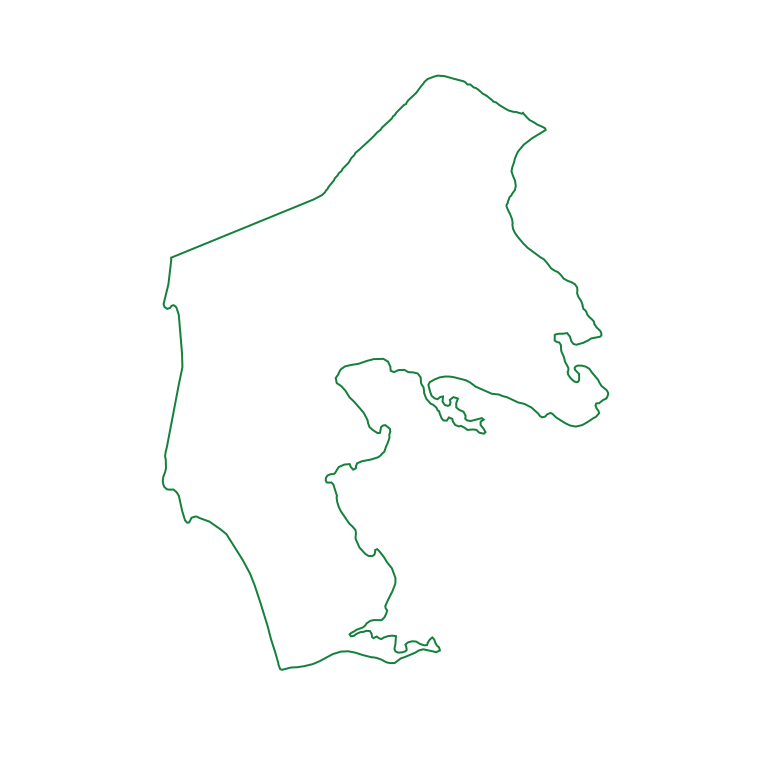 Cidade De Inhambane, Inhambane, Mozambique (Mercator projection), rotated 159°
{"feature_id": "85939544B19302565001464", "entity_name": "Cidade De Inhambane", "entity_type": "district", "adm_level": 2, "iso_a3": "MOZ", "parent_name": "Mozambique", "parent_adm1": "Inhambane", "projection": "mercator", "projection_center": [35.448, -23.874], "detail": "fine", "context": "isolated", "style": "outline", "palette": "green", "viewbox_px": 768, "rotation_deg": 159, "n_neighbors": 0, "source": "geoboundaries", "source_scale": "gbopen_adm2", "svg_char_len": 6166}
<svg xmlns="http://www.w3.org/2000/svg" viewBox="0 0 768 768"><g transform="rotate(159 384 384)"><path d="M157.0,587.3L158.5,587.0L163.5,590.8L165.3,591.5L169.2,594.3L172.1,597.6L176.3,603.0L178.5,606.8L180.7,608.4L181.3,610.1L184.9,616.3L187.8,619.8L190.8,625.5L192.3,627.6L193.8,628.5L196.2,632.8L198.8,633.7L200.1,636.9L201.5,638.3L210.1,644.4L215.7,648.7L218.3,650.4L220.5,651.2L222.8,652.5L226.1,653.0L233.9,653.1L237.9,651.6L240.1,650.0L241.7,649.3L249.8,644.1L259.6,640.2L261.7,638.9L263.2,637.4L265.0,637.5L275.3,632.9L277.4,631.3L279.7,630.6L281.6,629.0L294.0,624.1L296.1,622.6L300.5,621.2L304.6,619.1L310.1,616.8L323.2,611.6L327.7,610.1L329.8,608.3L333.6,606.6L338.0,603.1L345.6,599.7L347.1,598.2L351.0,596.8L352.8,595.2L356.2,593.7L357.7,592.1L365.4,587.7L367.0,586.2L368.8,585.5L370.4,584.1L374.0,582.6L383.4,581.5L537.5,578.2L538.4,575.6L549.5,554.4L561.2,537.5L561.3,534.5L559.4,531.8L556.5,531.7L554.4,533.1L552.2,533.0L550.8,531.1L550.4,529.4L550.8,522.1L561.6,484.9L566.2,471.9L575.7,457.1L609.2,403.1L612.5,398.3L614.3,394.9L614.9,391.4L617.7,383.6L619.5,380.7L623.4,376.3L625.2,373.0L626.0,369.5L626.0,366.6L624.4,363.5L622.0,362.2L618.3,360.9L616.4,357.3L615.6,353.0L617.9,338.0L618.6,328.0L617.5,325.1L615.5,324.6L611.6,328.1L608.1,328.0L606.4,327.3L603.9,324.7L596.2,318.0L588.8,307.0L584.9,300.3L579.0,270.5L577.0,254.9L576.9,242.2L577.8,223.7L579.4,199.8L580.9,186.7L581.8,171.4L582.7,161.3L583.1,159.8L583.1,155.0L581.6,153.7L572.2,152.6L566.6,150.7L559.8,149.2L550.7,148.0L543.3,148.3L528.6,150.2L520.1,149.6L513.2,147.3L507.1,143.5L501.4,138.9L493.1,133.0L492.3,132.9L489.0,130.9L485.2,127.6L481.5,123.3L478.2,121.2L474.1,119.7L466.2,121.9L462.8,121.6L451.0,122.0L446.9,122.8L442.3,122.2L431.2,114.9L427.3,115.2L427.0,118.3L428.4,121.0L428.8,123.6L428.7,127.4L429.7,130.1L432.8,129.0L435.5,127.1L437.4,124.8L440.1,125.6L443.2,128.1L446.4,132.1L449.8,133.7L454.0,134.2L457.4,133.1L457.5,130.3L458.1,127.6L459.7,126.8L463.1,126.9L467.2,128.2L469.1,130.3L469.2,133.0L466.5,137.2L463.2,144.3L466.7,146.2L470.3,147.1L475.1,147.4L477.8,146.8L479.7,148.3L481.3,150.9L484.9,150.5L485.8,152.0L485.1,155.1L485.7,158.4L489.0,159.9L492.1,160.0L495.0,160.8L499.1,160.6L502.3,159.7L505.3,160.3L505.8,162.7L503.6,163.4L500.0,163.8L498.1,164.4L490.9,164.3L488.4,165.1L485.9,166.8L481.6,167.8L478.2,167.3L472.1,164.8L470.6,164.5L466.9,166.2L464.1,169.0L462.4,171.1L462.2,171.6L462.8,173.9L462.5,176.1L457.4,181.2L450.7,187.2L445.0,193.5L442.8,198.8L442.7,209.2L445.2,217.0L445.8,221.0L446.7,224.6L448.7,230.6L449.6,232.3L451.8,232.1L452.6,230.2L454.1,228.1L456.5,227.5L460.0,229.0L462.4,232.2L465.5,240.1L466.0,249.2L465.7,250.6L463.5,255.1L463.0,258.0L464.6,262.4L466.4,266.0L469.9,280.9L470.3,285.8L469.9,290.9L468.9,295.1L468.0,296.5L467.3,308.2L468.4,310.9L471.3,311.9L472.8,312.7L473.0,314.8L471.9,317.1L469.7,318.8L465.9,318.9L463.2,317.9L461.5,318.5L456.1,322.7L449.9,323.0L444.7,321.5L444.8,318.6L443.4,315.0L440.5,315.4L439.5,317.5L437.5,319.6L432.4,319.8L422.7,318.1L415.4,317.7L412.8,318.5L410.2,319.9L408.0,320.6L404.5,324.8L401.7,327.6L398.3,331.6L397.2,334.8L395.2,337.2L394.5,340.0L397.5,345.1L399.6,345.6L402.0,345.0L405.3,339.8L407.7,340.6L410.7,344.7L413.0,349.1L412.9,353.1L412.3,356.4L413.3,364.6L418.0,377.6L421.0,384.1L422.3,391.2L424.6,397.3L427.8,401.7L427.0,406.8L423.5,409.2L420.4,412.2L418.7,413.3L414.1,414.4L408.1,413.6L400.6,412.0L391.8,411.7L384.6,410.9L375.6,407.7L372.2,403.4L371.9,397.9L373.0,393.9L370.4,391.5L365.3,391.8L359.8,389.8L357.1,386.4L352.5,384.3L348.8,381.8L347.4,377.0L349.1,371.5L348.9,369.2L348.3,366.9L349.0,363.5L349.8,361.0L349.8,355.1L347.4,348.7L345.8,347.4L343.5,343.1L343.4,340.2L342.3,338.8L342.6,336.7L342.5,331.6L341.6,328.7L338.5,327.3L335.4,329.5L332.8,327.1L333.1,324.3L332.2,320.2L329.2,317.5L327.2,317.4L324.5,314.3L322.4,311.1L317.8,309.9L314.2,308.1L312.5,304.4L308.6,301.8L306.5,302.7L307.1,306.5L308.5,311.3L307.2,314.3L303.7,315.0L304.9,317.1L316.4,318.4L319.7,320.4L320.6,322.5L319.2,324.9L319.7,329.6L323.0,332.8L324.9,336.2L323.4,340.3L320.2,343.9L323.9,346.9L328.2,345.6L328.6,342.7L330.3,340.7L332.3,340.7L334.8,342.7L335.7,346.5L333.4,351.2L336.3,351.7L339.5,350.6L342.0,352.6L343.8,356.0L343.7,360.3L342.9,367.2L340.7,369.3L335.4,370.1L329.6,370.2L324.3,369.1L319.8,367.3L315.6,364.8L306.3,358.2L303.0,354.5L299.4,348.7L286.9,336.3L280.5,333.0L277.7,330.3L273.7,327.4L265.3,318.6L260.1,315.2L254.7,309.1L250.7,301.3L249.8,298.1L248.3,296.2L245.2,295.8L242.6,297.2L239.0,297.3L237.5,295.9L235.3,291.1L228.7,282.3L225.2,278.6L220.2,275.5L213.6,274.6L208.2,275.4L200.2,277.2L198.1,277.3L193.7,279.6L193.4,282.0L194.3,285.3L194.2,288.2L192.8,289.8L190.1,289.0L185.0,290.6L181.9,290.7L181.6,291.2L181.0,291.2L178.8,293.5L177.9,295.4L178.4,298.6L181.6,304.1L182.4,308.0L182.6,311.1L185.8,320.4L186.9,324.7L189.4,327.9L192.5,330.1L196.5,331.8L199.2,331.5L200.4,330.5L200.5,328.6L198.2,323.3L198.9,322.3L198.9,321.7L200.5,317.6L202.2,316.5L203.2,316.5L205.3,318.0L207.1,321.1L208.1,324.0L208.7,326.9L208.2,329.5L207.6,329.7L206.1,332.8L207.0,340.0L206.4,344.7L206.7,350.6L206.4,352.4L204.9,356.9L205.5,359.9L207.7,361.4L209.1,363.4L207.0,368.6L206.0,368.8L202.5,368.2L199.3,366.9L194.8,365.9L193.4,361.6L193.8,356.6L192.7,353.4L190.3,351.7L182.7,351.0L181.8,351.3L178.3,351.4L174.2,352.3L165.4,350.7L163.7,351.4L162.9,353.5L163.1,356.1L165.4,361.0L165.8,363.5L166.2,364.0L165.7,367.2L166.8,370.0L168.5,373.2L169.3,375.8L169.3,379.2L170.0,381.3L170.9,382.5L170.7,385.7L170.4,385.8L170.3,386.3L170.2,390.8L171.3,395.6L171.2,399.5L169.9,402.1L169.1,404.9L170.0,408.7L172.4,411.8L175.6,414.5L178.4,417.9L179.8,422.3L181.4,425.9L184.2,428.8L186.5,432.0L188.5,439.0L190.1,443.2L192.5,446.2L201.0,459.5L203.5,465.0L206.4,473.4L207.7,478.4L207.9,482.7L207.1,486.5L206.0,488.7L206.0,489.7L205.4,491.3L205.4,497.9L205.8,500.0L206.0,505.9L205.2,507.6L203.7,508.5L202.9,510.0L199.6,513.6L197.7,514.3L196.3,515.6L192.2,518.2L190.0,521.7L188.8,526.9L189.0,531.8L188.8,536.8L186.4,540.6L183.2,544.3L180.9,547.7L176.0,552.7L167.9,557.3L157.4,560.4L142.0,563.2L142.0,565.0L143.6,567.0L148.0,571.3L149.6,573.7L153.6,578.4L156.7,585.7L157.0,587.3Z" fill="none" stroke="#15803d" stroke-width="2"/></g></svg>